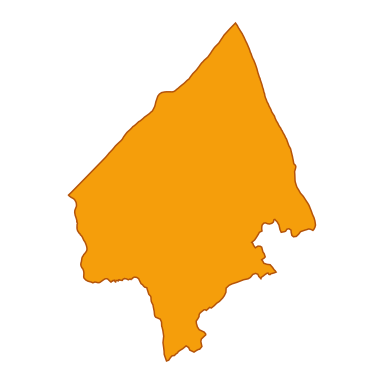 the district of Viengphoukha, Louang Namtha, Laos
{"feature_id": "54806243B46667129508347", "entity_name": "Viengphoukha", "entity_type": "district", "adm_level": 2, "iso_a3": "LAO", "parent_name": "Laos", "parent_adm1": "Louang Namtha", "projection": "robinson", "projection_center": [101.061, 20.668], "detail": "fine", "context": "isolated", "style": "filled", "palette": "amber", "viewbox_px": 384, "rotation_deg": 0, "n_neighbors": 0, "source": "geoboundaries", "source_scale": "gbopen_adm2", "svg_char_len": 5926}
<svg xmlns="http://www.w3.org/2000/svg" viewBox="0 0 384 384"><path d="M166.5,361.0L168.7,360.2L170.5,357.5L172.1,355.8L174.5,355.5L175.5,354.3L177.5,352.9L178.3,351.6L180.1,350.3L182.6,348.8L186.1,345.9L188.6,347.5L189.8,350.1L194.0,352.1L196.6,350.4L198.3,349.5L199.7,349.2L201.9,346.5L200.8,341.4L201.4,339.0L204.1,336.4L205.7,334.9L205.7,334.0L204.2,332.1L199.2,329.7L197.4,326.9L196.4,323.5L196.2,321.1L197.7,319.0L199.0,316.7L199.1,314.8L199.7,313.4L201.0,312.2L202.1,311.3L204.0,309.8L205.2,309.7L206.3,310.4L207.6,309.3L209.6,307.4L211.3,308.0L214.2,305.7L216.7,303.2L219.4,301.4L222.6,298.1L224.3,295.7L225.9,292.3L226.1,288.1L229.1,285.3L232.0,283.9L237.0,282.3L243.7,279.7L248.1,278.8L250.4,277.4L252.8,274.4L255.6,273.4L257.9,274.3L258.8,276.5L259.6,277.2L260.9,278.7L261.5,277.2L263.0,276.2L265.1,274.5L267.1,273.2L268.1,273.1L268.9,274.4L270.0,274.6L271.0,273.7L272.0,273.5L274.7,272.7L276.1,272.1L275.1,270.7L274.1,269.8L272.6,267.5L270.1,264.7L266.8,264.3L263.8,263.2L262.8,261.2L261.7,259.7L264.0,258.2L265.2,256.9L264.2,253.8L262.9,251.9L261.7,247.2L260.3,246.3L258.0,246.1L255.3,247.8L253.4,245.1L252.8,243.4L251.7,242.4L254.6,240.0L256.0,238.0L258.2,234.5L259.4,232.3L262.0,231.0L261.7,229.0L261.8,226.7L262.1,225.1L263.7,223.2L265.5,222.9L267.5,223.7L269.5,224.0L271.9,223.3L273.4,222.0L274.0,219.6L274.9,219.4L275.8,220.5L277.2,221.9L279.0,225.1L280.0,229.6L281.2,232.3L284.3,231.7L285.6,231.2L286.9,229.2L289.0,228.7L291.0,230.1L291.2,232.5L291.9,235.4L293.5,236.8L296.3,236.4L298.6,234.2L300.5,231.7L302.7,230.9L304.7,230.2L306.8,229.6L308.8,228.9L311.2,229.5L312.9,230.4L313.9,229.3L314.9,227.3L315.5,225.1L315.3,223.6L314.9,220.9L314.3,218.8L313.9,217.5L313.0,215.6L312.3,214.0L311.7,212.2L311.1,210.6L310.1,208.1L309.4,206.3L308.7,204.8L307.5,202.8L306.4,201.2L303.3,196.4L300.4,193.1L298.6,189.9L296.9,187.2L296.1,184.8L295.2,181.8L295.0,180.1L294.8,174.6L294.6,171.5L295.0,170.2L295.7,167.7L295.8,166.3L295.3,165.2L293.8,163.7L293.1,159.9L292.7,158.0L292.6,157.4L292.6,157.2L290.8,149.8L290.6,148.9L290.2,148.1L288.8,145.6L286.6,139.4L286.4,138.9L285.5,137.5L284.7,135.6L284.3,134.9L283.4,133.3L283.1,132.9L282.1,130.7L281.5,130.0L280.6,128.0L279.6,126.7L278.5,124.8L277.8,123.2L276.3,120.8L275.0,117.9L274.5,116.2L273.8,115.1L272.8,113.6L271.7,111.8L270.9,109.6L270.2,108.2L269.1,106.2L268.1,103.7L267.0,101.8L266.1,99.2L265.6,98.2L264.9,96.0L264.5,93.5L263.9,92.2L263.3,89.3L262.7,87.7L261.9,84.6L261.2,82.5L260.3,79.9L259.9,78.1L259.5,77.7L258.5,74.5L257.9,72.7L257.3,70.4L256.9,68.8L256.1,66.4L255.2,63.8L253.6,59.9L252.8,58.5L251.8,56.0L251.1,53.8L250.3,52.2L249.9,50.8L249.2,48.8L248.3,46.7L247.5,44.8L246.8,43.2L246.1,41.9L245.5,40.6L244.8,39.1L244.2,37.7L243.7,36.7L243.3,35.9L242.7,34.8L242.1,33.5L241.7,33.0L241.1,32.0L239.9,30.2L239.3,29.1L238.4,27.8L237.3,25.5L236.6,24.6L235.5,23.0L230.3,28.3L224.9,34.2L224.3,34.8L223.5,36.0L222.4,37.7L221.4,39.1L220.2,41.0L218.9,43.0L217.3,44.6L215.4,46.5L214.5,47.5L213.3,49.1L212.7,50.1L211.9,51.1L210.9,52.8L209.4,54.9L207.9,57.0L205.9,58.8L204.3,60.2L202.7,62.0L201.9,62.7L201.0,63.8L199.9,65.3L199.1,66.5L197.7,68.3L196.6,69.8L195.2,71.3L192.8,73.7L191.7,75.2L190.6,76.6L189.0,79.0L187.6,80.0L186.7,80.8L185.3,82.2L183.8,83.6L182.2,84.8L180.0,86.6L177.9,88.5L176.9,89.2L175.2,90.7L173.9,91.5L172.2,91.9L169.6,91.8L166.6,91.8L164.4,92.0L161.6,92.6L159.4,94.1L157.8,96.2L156.7,99.4L155.8,102.0L155.3,104.4L154.7,106.5L153.3,109.3L152.3,111.1L151.3,111.8L149.4,113.6L148.2,114.5L147.1,115.3L144.4,117.2L143.3,118.3L141.9,119.5L140.2,120.9L138.7,121.7L136.5,123.8L135.4,124.8L134.0,125.9L132.9,126.6L131.6,128.1L129.8,129.9L128.4,131.1L127.0,132.4L125.2,134.7L123.7,136.8L122.3,139.2L121.0,140.7L118.7,142.8L116.7,144.7L115.3,146.1L114.2,147.5L112.3,149.8L109.1,153.1L108.0,154.5L105.6,157.3L86.4,177.0L71.1,192.6L68.5,195.1L69.2,195.9L71.0,197.3L73.6,198.7L74.9,200.1L76.2,202.6L76.5,205.1L76.4,206.4L75.2,209.4L74.8,210.7L74.7,212.5L75.2,215.3L76.2,218.2L77.0,221.2L76.8,221.4L76.8,222.0L77.2,222.5L77.4,223.4L77.4,223.9L77.1,224.5L77.0,225.1L77.1,225.6L77.1,226.2L76.9,227.1L77.2,227.7L77.0,228.7L77.2,229.3L77.3,229.7L77.5,230.4L77.6,230.9L78.0,231.2L78.4,232.0L78.7,232.6L79.2,233.2L79.7,233.6L80.2,234.2L80.3,234.7L81.4,235.7L82.3,237.0L83.7,240.1L85.1,242.2L86.3,245.2L86.3,245.3L86.8,247.1L87.0,248.8L86.9,250.0L86.4,251.3L85.7,252.3L84.5,253.9L83.9,254.4L83.2,255.7L82.2,257.2L81.9,258.4L81.7,259.6L81.4,261.6L81.0,262.9L80.8,264.3L81.0,265.8L81.7,267.4L83.0,269.2L83.6,270.9L83.9,273.0L83.8,275.1L83.7,277.0L84.1,278.2L85.8,280.0L88.0,281.2L90.2,281.8L91.4,282.1L92.7,282.8L93.6,282.6L94.8,282.0L96.1,282.2L97.4,282.6L99.0,282.7L100.0,282.3L103.8,279.6L105.2,278.8L106.9,278.7L107.7,279.0L110.6,281.8L111.0,282.1L111.6,281.4L111.8,281.3L112.3,281.2L112.5,281.0L112.7,280.6L113.2,280.5L114.2,280.3L114.1,280.5L114.1,280.8L114.5,281.0L114.9,281.1L115.2,281.4L115.4,282.0L115.6,282.0L115.6,281.5L115.7,281.2L116.0,281.0L116.3,280.7L116.6,280.4L117.0,280.4L117.4,280.7L117.8,280.5L118.2,280.8L118.3,280.5L118.5,279.9L119.0,279.7L119.3,279.7L119.5,280.1L119.9,280.2L120.4,280.1L120.8,280.2L121.5,280.4L122.4,280.4L122.4,280.0L122.6,279.6L123.1,279.3L123.5,278.9L124.2,278.9L124.6,278.5L125.3,278.8L125.9,278.7L126.7,279.0L127.7,279.5L128.3,279.8L128.8,279.6L129.4,279.2L130.1,279.1L131.0,279.5L131.3,279.0L131.8,278.9L132.3,278.6L132.7,277.9L133.3,277.7L133.8,277.3L134.4,277.1L135.3,277.2L136.3,277.3L137.3,277.7L138.7,278.8L139.4,280.3L141.0,283.6L142.6,284.8L143.4,285.9L144.6,287.1L146.8,287.7L147.2,289.2L148.4,293.0L148.9,294.4L150.0,295.5L150.7,296.4L151.0,297.6L151.0,299.0L151.3,301.4L151.7,302.4L152.4,303.8L153.0,305.0L153.3,306.9L154.2,311.3L154.5,314.6L154.8,315.9L155.7,317.2L157.4,317.9L159.4,318.8L160.3,319.2L160.3,319.3L161.5,322.0L161.7,326.2L162.1,327.2L162.9,330.6L163.7,336.3L163.5,337.8L163.0,342.7L163.7,347.9L164.1,351.4L164.2,354.3L164.7,355.9L166.5,361.0Z" fill="#f59e0b" stroke="#b45309" stroke-width="1.5"/></svg>